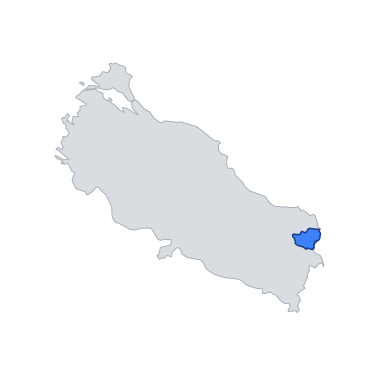 where Kars sits in Turkey, rotated 30°
{"feature_id": "TUR-3040", "entity_name": "Kars", "entity_type": "Province", "adm_level": 1, "iso_a3": "TUR", "parent_name": "Turkey", "parent_adm1": "", "projection": "orthographic", "projection_center": [43.226, 40.514], "detail": "fine", "context": "in_parent", "style": "filled", "palette": "blue", "viewbox_px": 384, "rotation_deg": 30, "n_neighbors": 0, "source": "natural_earth", "source_scale": "10m", "svg_char_len": 4804}
<svg xmlns="http://www.w3.org/2000/svg" viewBox="0 0 384 384"><g transform="rotate(30 192 192)"><path d="M290.8,151.7L295.7,153.6L297.3,152.3L301.8,152.5L305.8,153.6L308.1,150.7L310.9,151.0L311.4,152.5L312.8,153.0L316.9,156.8L316.5,157.3L317.5,158.7L321.1,159.6L321.4,161.5L324.3,164.3L325.7,168.7L324.9,171.8L323.3,173.7L325.6,180.4L324.9,181.2L329.3,183.4L334.9,182.9L336.7,183.9L342.2,189.0L343.6,191.0L339.8,188.6L337.7,190.8L336.7,195.9L330.8,196.9L331.7,200.3L333.3,201.8L332.8,205.0L333.3,206.2L334.9,208.3L334.7,211.1L335.4,214.1L335.5,217.7L338.0,218.8L336.9,220.5L334.2,227.8L334.4,228.4L336.2,228.5L340.5,231.8L339.8,232.9L340.3,237.6L344.0,240.6L343.5,242.1L343.6,243.7L340.9,243.1L335.5,247.3L334.9,247.2L334.2,245.7L334.0,241.6L332.7,240.5L331.0,240.3L328.0,242.2L325.3,242.1L322.7,241.8L315.6,239.2L313.0,240.1L310.3,239.1L304.9,244.2L303.3,244.6L302.5,242.0L300.7,240.6L298.3,242.5L289.1,244.8L284.9,245.1L279.8,244.1L275.6,244.3L263.8,249.6L252.6,252.2L242.7,251.5L237.4,247.6L233.3,246.6L220.3,251.2L214.1,250.6L212.2,248.2L207.5,247.0L206.3,249.0L204.9,254.0L206.3,258.8L203.6,258.9L201.8,259.8L201.1,263.3L198.5,264.5L197.5,266.6L197.1,266.6L193.3,264.5L194.5,262.9L192.5,256.1L193.9,254.2L199.4,249.4L199.5,246.2L197.5,243.9L190.7,247.3L190.0,248.7L188.4,249.7L186.0,250.0L174.9,243.9L167.7,247.6L161.4,253.5L156.8,255.4L143.8,255.7L141.4,256.7L137.2,254.8L134.8,252.8L129.7,244.7L119.3,237.7L107.8,234.7L106.6,236.0L105.5,241.6L102.9,246.6L101.9,247.0L99.5,245.3L90.1,247.1L82.9,242.4L81.8,240.6L81.0,234.2L80.0,233.6L78.6,234.2L77.4,234.0L72.3,230.4L69.4,229.7L67.3,232.0L64.2,232.6L64.2,231.9L65.7,230.4L61.0,229.9L58.4,230.7L55.3,229.3L55.6,228.7L58.4,228.3L64.6,228.5L69.1,225.1L54.6,222.7L53.1,223.3L53.2,221.1L54.2,220.3L58.1,220.2L58.2,218.4L56.2,216.1L53.8,214.6L53.5,210.0L52.4,208.6L52.6,208.1L55.1,207.7L56.2,204.6L56.1,202.5L51.9,199.9L50.8,199.9L50.0,197.9L48.2,196.3L46.4,197.0L42.3,193.5L43.5,191.7L44.6,192.0L45.1,190.5L44.7,187.8L45.0,186.6L46.1,186.4L47.2,186.9L48.0,188.6L47.6,191.5L48.6,193.4L49.7,191.9L51.7,193.2L55.6,193.1L56.4,192.4L53.7,192.0L52.8,191.1L51.4,186.0L53.9,185.0L56.0,183.1L53.1,180.9L54.3,177.9L52.3,173.7L56.7,169.7L56.7,169.0L55.6,168.5L44.1,168.3L44.3,166.2L45.5,164.6L46.3,160.1L47.2,157.8L49.4,157.4L52.6,154.4L57.4,151.0L61.6,151.8L63.5,151.0L66.0,151.4L66.5,153.2L68.5,154.8L72.4,155.3L74.4,154.5L73.0,152.1L75.3,151.9L77.0,152.7L75.7,154.8L76.2,155.1L81.3,155.3L86.5,156.7L92.4,157.4L93.3,156.8L89.5,153.9L92.5,152.3L94.0,152.2L106.5,152.3L106.7,151.8L99.3,149.6L95.9,146.3L95.1,144.7L96.4,141.3L97.4,140.5L100.1,140.8L109.0,143.9L115.7,143.9L122.6,147.3L129.5,147.8L131.1,146.9L133.3,143.8L143.7,139.4L147.5,136.9L163.3,133.0L185.8,136.4L189.9,134.5L192.2,135.5L191.4,136.9L191.4,138.3L193.8,142.0L197.7,144.3L203.4,143.1L205.4,143.9L207.0,149.5L210.3,152.9L211.9,153.3L214.2,151.6L216.3,151.5L219.5,153.6L220.5,155.6L231.4,158.5L233.6,160.3L240.9,162.3L257.7,159.3L263.6,162.2L268.6,163.2L270.8,162.9L277.6,160.0L279.7,158.3L284.0,157.0L289.3,153.7L290.8,151.7ZM82.8,122.1L81.9,124.4L82.4,127.2L84.0,131.2L86.0,133.4L96.0,140.1L93.7,144.5L90.9,144.7L81.9,140.9L77.8,142.1L75.2,141.2L71.3,141.3L69.7,143.9L66.5,146.5L58.3,149.0L50.1,155.5L47.9,156.1L49.3,153.6L49.6,151.3L53.1,149.2L57.7,147.9L59.1,146.4L48.6,144.7L48.0,142.1L49.2,141.9L53.4,138.3L54.1,136.7L54.5,132.4L59.1,130.9L59.6,129.9L59.8,125.7L56.3,122.5L56.6,121.4L59.6,120.8L61.7,118.3L65.9,118.5L68.0,117.5L71.7,117.4L75.4,121.8L80.8,121.4L82.8,122.1ZM44.6,154.1L40.9,154.0L40.0,153.2L41.3,152.1L44.2,151.8L44.9,153.3L44.6,154.1Z" fill="#d9dde1" stroke="#a8b0b8" stroke-width="1"/><path d="M321.2,160.6L321.1,161.1L321.3,161.8L321.5,162.4L321.8,162.7L322.5,162.8L323.2,163.1L323.8,163.6L324.3,164.2L324.5,164.7L324.6,165.1L324.6,165.5L324.7,166.0L324.9,166.4L325.5,167.4L325.7,167.8L325.7,168.2L325.8,169.6L325.8,169.8L325.5,170.4L325.4,170.5L325.5,171.0L324.8,171.8L324.6,172.2L324.6,172.7L324.4,172.6L324.4,172.9L324.0,172.9L323.7,173.2L323.1,173.8L323.2,174.1L323.6,174.5L324.2,175.0L324.0,176.0L323.8,176.3L323.7,176.6L323.9,176.9L324.3,177.3L325.0,178.3L325.3,178.8L325.0,179.1L325.2,179.5L325.7,180.1L325.8,180.3L325.6,180.6L324.9,180.7L324.7,181.0L324.9,181.6L322.8,182.3L320.8,182.6L319.9,183.0L319.9,183.8L319.3,184.5L318.4,184.2L317.7,184.3L317.0,184.1L315.2,184.1L310.3,185.5L307.1,184.9L306.7,184.1L306.3,183.2L305.9,182.6L305.3,182.3L304.9,182.2L304.7,182.0L304.5,181.6L304.2,181.2L303.7,180.9L303.2,180.7L301.8,180.4L301.4,180.0L301.1,179.4L300.5,178.7L301.1,177.6L303.4,176.8L304.4,176.3L304.9,175.8L305.5,175.5L306.2,175.2L306.8,174.8L306.4,172.7L306.7,172.0L306.8,171.2L308.7,170.9L310.6,170.7L310.9,169.2L311.1,166.7L311.5,165.1L313.4,164.1L316.0,163.0L318.6,161.9L320.2,161.0L321.2,160.6Z" fill="#3b82f6" stroke="#1e3a8a" stroke-width="1.5"/></g></svg>